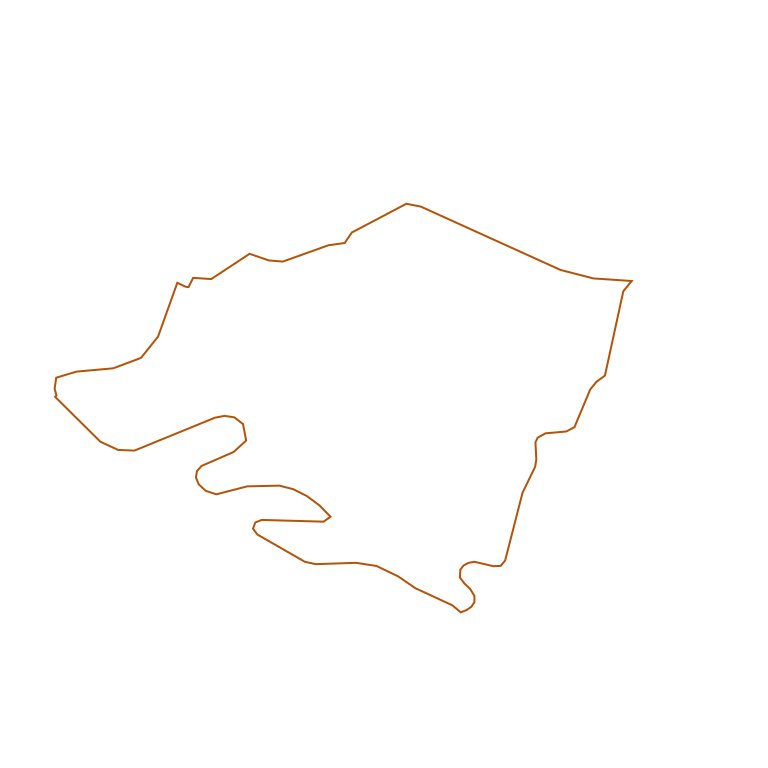 outline of Ragusa, rotated 138°
{"feature_id": "ITA-5415", "entity_name": "Ragusa", "entity_type": "Province", "adm_level": 1, "iso_a3": "ITA", "parent_name": "Italy", "parent_adm1": "", "projection": "equal_earth", "projection_center": [14.765, 36.912], "detail": "fine", "context": "isolated", "style": "outline", "palette": "amber", "viewbox_px": 768, "rotation_deg": 138, "n_neighbors": 0, "source": "natural_earth", "source_scale": "10m", "svg_char_len": 1186}
<svg xmlns="http://www.w3.org/2000/svg" viewBox="0 0 768 768"><g transform="rotate(138 384 384)"><path d="M637.0,594.5L635.1,594.6L631.9,600.9L623.4,608.0L604.3,599.0L574.8,576.9L547.1,566.0L520.2,570.4L469.9,597.5L466.4,589.1L464.4,586.8L454.8,590.6L442.2,577.6L396.8,570.7L386.9,552.9L377.3,542.7L332.5,524.3L318.9,515.1L306.5,518.1L246.8,503.0L238.0,491.3L176.5,350.6L157.8,322.4L131.0,294.8L144.1,292.8L214.2,242.4L224.4,243.5L234.3,242.0L271.3,224.5L280.4,226.8L297.0,239.3L305.8,241.3L310.5,239.3L321.3,226.0L327.2,221.3L353.8,210.5L412.0,171.8L418.9,170.7L424.6,175.4L435.7,191.3L440.8,194.5L446.4,195.9L451.6,194.9L457.1,189.3L457.7,182.2L457.1,174.2L458.6,166.0L462.9,161.3L468.4,160.0L474.4,160.9L479.8,163.0L481.2,173.6L497.3,211.2L502.2,231.5L511.3,253.7L524.3,269.7L555.4,295.9L561.8,304.9L578.8,356.7L578.2,364.1L572.3,367.2L565.8,364.8L521.0,322.1L512.6,321.1L513.2,336.9L516.3,352.3L521.8,366.5L529.7,378.4L554.2,399.5L582.4,414.2L588.0,423.9L588.8,433.5L586.3,440.4L581.3,444.4L574.4,445.2L541.2,434.1L524.3,434.2L515.6,448.5L517.5,459.3L523.8,467.0L532.2,472.1L614.0,501.5L625.7,512.9L633.4,530.8L637.0,594.5Z" fill="none" stroke="#b45309" stroke-width="2"/></g></svg>